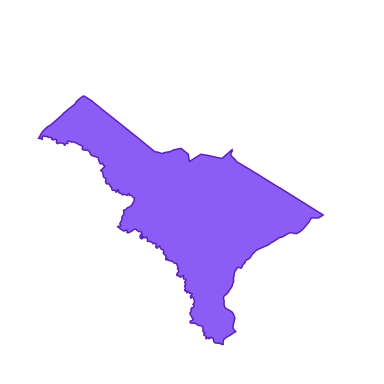 outline of Siloe, Mohale's Hoek, Lesotho, rotated 144°
{"feature_id": "5366337B49038686470651", "entity_name": "Siloe", "entity_type": "district", "adm_level": 2, "iso_a3": "LSO", "parent_name": "Lesotho", "parent_adm1": "Mohale's Hoek", "projection": "mercator", "projection_center": [27.347, -29.998], "detail": "fine", "context": "isolated", "style": "filled", "palette": "violet", "viewbox_px": 384, "rotation_deg": 144, "n_neighbors": 0, "source": "geoboundaries", "source_scale": "gbopen_adm2", "svg_char_len": 6047}
<svg xmlns="http://www.w3.org/2000/svg" viewBox="0 0 384 384"><g transform="rotate(144 192 192)"><path d="M272.6,207.6L271.2,203.1L270.3,200.8L269.9,200.4L267.2,199.6L267.0,199.2L268.0,198.1L268.3,197.6L268.1,196.8L267.1,196.3L266.0,196.1L263.4,195.7L261.1,195.8L259.4,195.2L259.1,194.7L259.1,193.3L258.3,191.1L257.1,190.4L256.7,189.9L256.9,187.4L257.1,187.1L257.7,187.0L258.2,187.6L258.7,187.8L260.0,186.8L260.5,186.1L260.7,185.2L260.6,184.6L260.5,184.0L260.1,183.7L259.5,183.4L259.0,183.5L258.8,183.7L259.2,184.5L259.3,185.1L259.0,185.5L258.4,185.6L258.0,185.2L257.2,182.9L256.3,182.1L255.2,182.3L255.2,181.8L255.3,181.0L257.0,178.3L256.9,178.0L255.7,177.2L254.8,176.3L254.0,174.6L253.8,173.7L253.9,173.1L251.8,172.0L251.7,171.6L251.7,170.9L252.6,169.8L253.5,169.1L253.7,168.4L253.3,167.2L252.8,166.9L250.9,167.7L249.9,167.3L250.4,166.1L250.5,164.0L249.6,162.6L249.5,161.6L249.7,160.8L249.6,160.2L251.2,159.5L251.3,158.8L250.7,155.8L251.2,154.8L252.8,153.1L252.9,152.6L252.6,152.2L251.5,152.8L251.2,152.6L251.2,152.2L251.6,151.5L251.4,150.6L249.9,149.1L249.0,147.9L248.1,144.9L247.2,144.1L247.1,143.6L246.6,143.2L247.4,140.4L247.4,139.0L247.6,138.8L248.4,138.9L248.7,138.8L248.8,137.0L249.7,135.3L250.0,135.2L251.8,135.0L252.4,134.1L253.0,134.0L253.3,133.4L252.5,132.4L251.8,132.0L251.8,131.1L251.5,129.8L251.2,129.7L249.4,129.8L248.3,129.7L248.0,129.4L248.1,129.1L249.3,127.9L249.9,126.8L249.8,126.5L248.7,125.7L248.5,125.0L248.6,124.4L248.9,124.1L250.4,123.8L250.8,123.4L251.2,122.6L251.2,121.5L251.4,121.0L251.9,120.7L252.8,120.7L253.3,119.9L254.1,117.7L254.3,117.5L255.3,117.3L255.7,116.7L255.8,116.3L255.5,115.7L254.6,115.5L254.5,115.1L254.7,114.6L255.3,113.9L255.3,113.5L253.9,113.6L253.1,113.5L253.6,111.6L252.9,111.1L252.8,110.6L252.1,110.4L251.8,109.8L251.8,109.4L252.5,108.9L253.4,108.6L254.3,108.8L254.7,108.5L254.9,107.6L255.3,107.0L255.2,106.8L254.8,106.6L253.5,106.7L253.1,106.0L253.0,105.6L253.3,104.2L254.8,101.5L255.4,101.1L257.4,100.4L257.4,100.0L256.8,99.3L257.1,98.5L257.5,98.2L258.5,97.8L259.9,98.4L260.4,98.4L261.5,97.9L262.2,97.2L262.9,95.8L264.9,95.3L265.3,94.4L265.3,92.9L265.9,90.4L265.9,90.0L265.6,89.4L265.8,88.4L267.1,88.1L267.9,88.1L268.8,88.5L269.3,88.5L270.0,88.0L270.2,87.4L270.1,86.8L268.0,84.9L266.8,84.2L266.3,83.4L265.6,81.1L264.3,79.3L263.2,78.4L262.7,76.8L263.0,75.5L264.5,73.7L265.1,72.4L264.9,71.5L264.3,70.8L264.4,70.4L265.8,70.1L266.4,69.5L266.5,69.0L265.8,67.7L265.7,66.5L266.7,65.6L266.9,65.2L266.5,64.7L266.0,65.0L265.0,64.9L264.4,64.2L264.6,63.5L264.2,63.1L263.5,63.1L262.6,63.4L262.1,63.3L261.0,61.0L262.3,58.1L262.1,56.9L261.9,56.2L261.3,55.6L260.6,55.3L260.1,54.5L258.9,53.8L256.9,50.5L256.2,50.4L255.8,51.4L254.7,52.7L253.1,53.9L251.8,54.2L248.0,54.1L245.8,53.7L239.3,53.5L238.7,53.3L238.7,54.1L239.0,55.3L238.8,57.7L238.3,58.3L238.1,59.0L231.7,64.4L231.1,65.8L230.1,69.5L230.1,71.1L231.2,74.3L232.8,77.2L233.2,79.4L232.3,81.9L230.0,85.1L229.8,85.8L228.9,87.7L227.8,88.6L227.1,89.0L226.1,89.1L222.8,89.2L217.9,91.1L216.5,91.5L215.0,92.2L214.3,92.7L213.0,93.8L211.1,95.0L210.0,96.3L209.2,98.0L208.5,98.6L207.6,99.1L207.1,99.5L206.5,100.5L204.3,102.4L201.0,103.5L200.5,103.9L199.7,104.2L199.1,104.1L198.0,102.8L197.4,101.8L196.7,101.6L195.5,101.8L194.5,102.8L193.8,103.2L191.7,103.4L190.8,103.7L190.1,103.9L189.5,104.6L188.4,104.9L184.6,104.5L183.5,104.7L180.0,106.2L174.1,107.0L171.0,106.5L160.6,104.2L159.1,104.5L154.8,104.0L147.5,103.6L146.4,102.8L144.1,102.3L140.5,102.1L137.0,101.5L136.0,101.2L133.4,98.2L131.9,96.9L129.8,96.5L125.7,96.5L123.5,96.8L114.6,99.0L112.7,100.1L110.8,100.6L109.3,100.0L106.1,97.4L104.7,96.7L102.5,96.4L99.4,96.3L118.6,143.9L119.0,144.4L131.1,174.1L138.1,190.4L138.1,193.4L138.8,196.8L138.9,198.8L138.0,200.2L135.1,201.7L134.7,202.7L148.0,201.5L150.5,204.1L158.1,212.8L159.7,214.2L162.6,217.3L176.1,218.2L172.8,224.8L175.2,233.7L177.4,234.8L182.9,237.1L185.9,237.4L189.7,239.4L192.6,240.4L194.0,241.1L196.5,244.7L198.4,246.3L204.4,269.2L215.5,309.3L219.8,325.5L223.0,333.2L224.0,333.6L227.2,333.6L232.3,333.1L235.0,331.9L242.8,331.7L249.7,331.2L252.3,330.6L265.7,329.4L267.6,329.3L269.9,329.7L273.5,329.4L278.0,328.6L284.6,325.6L283.6,324.6L283.0,324.4L282.7,323.9L282.7,323.0L282.1,322.8L281.1,324.2L280.2,324.8L279.3,324.6L277.6,322.8L276.5,322.1L276.4,321.9L276.3,320.7L274.3,319.3L273.6,318.2L273.6,317.8L274.5,317.2L274.0,316.1L273.5,315.5L272.9,315.3L271.5,315.2L271.0,314.4L270.9,313.8L271.2,313.1L272.2,312.4L272.6,311.6L272.6,310.6L272.4,310.2L271.4,310.0L270.0,309.3L267.7,307.3L267.4,306.3L267.7,305.1L267.5,304.6L267.3,304.5L266.0,305.3L265.2,305.4L264.1,304.3L263.2,304.9L262.8,305.8L262.1,306.0L261.5,305.7L261.0,304.5L260.3,304.0L260.2,303.2L258.8,302.4L258.0,301.7L257.8,301.0L256.5,299.2L255.7,297.0L254.5,295.2L254.1,294.0L254.0,292.5L254.3,292.0L255.4,291.6L255.6,291.3L255.4,290.4L254.7,289.4L252.2,287.2L251.2,285.9L252.0,281.6L251.3,280.0L250.5,278.7L248.8,276.7L247.9,274.8L247.9,274.3L248.6,272.8L249.5,270.3L249.6,268.9L249.3,268.4L248.1,268.0L247.7,267.6L247.5,267.1L248.0,265.6L247.3,264.5L247.2,264.1L247.3,263.8L247.8,263.6L250.6,263.7L252.3,263.0L253.2,263.2L253.2,262.7L252.7,261.2L252.7,260.4L254.8,256.0L254.6,255.3L253.7,253.6L254.4,252.6L255.9,251.3L256.3,250.2L256.3,248.9L255.9,248.3L255.1,248.1L254.3,246.9L254.7,244.2L254.6,243.6L254.4,243.5L255.2,241.4L255.4,240.2L253.4,238.6L253.2,237.5L253.6,236.8L253.5,236.5L253.3,236.4L252.4,236.5L251.1,237.7L250.7,237.7L250.5,237.3L250.5,236.5L250.9,235.8L251.4,235.5L251.5,234.6L251.3,233.9L251.0,233.7L250.2,232.3L249.8,230.4L248.0,230.0L246.8,227.7L246.5,227.4L245.0,227.9L244.0,227.9L243.8,227.7L244.7,226.2L243.9,226.1L243.5,225.7L243.3,224.9L242.9,224.4L243.0,223.3L242.6,222.1L242.2,221.4L242.1,220.8L243.3,220.0L243.8,219.1L245.9,217.9L246.6,217.8L247.7,217.1L249.4,216.6L253.2,217.0L253.7,217.3L255.2,216.8L255.8,216.8L257.7,217.4L258.4,217.2L258.8,216.1L260.2,213.9L261.9,213.7L263.9,212.6L264.5,211.2L266.9,209.9L267.3,209.4L268.7,209.1L269.2,208.4L269.1,206.8L269.6,206.5L270.6,206.7L271.8,207.7L272.6,207.6Z" fill="#8b5cf6" stroke="#5b21b6" stroke-width="1.5"/></g></svg>